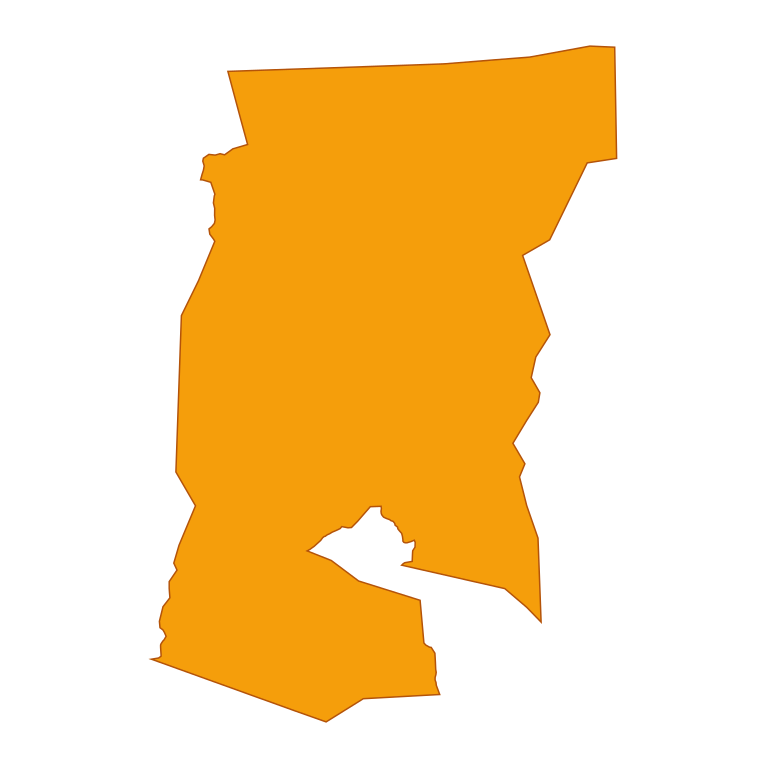 the district of San Vicente Lachixío, Oaxaca, Mexico
{"feature_id": "50627088B80228149983097", "entity_name": "San Vicente Lachixío", "entity_type": "district", "adm_level": 2, "iso_a3": "MEX", "parent_name": "Mexico", "parent_adm1": "Oaxaca", "projection": "mercator", "projection_center": [-97.044, 16.647], "detail": "fine", "context": "isolated", "style": "filled", "palette": "amber", "viewbox_px": 768, "rotation_deg": 0, "n_neighbors": 0, "source": "geoboundaries", "source_scale": "gbopen_adm2", "svg_char_len": 2151}
<svg xmlns="http://www.w3.org/2000/svg" viewBox="0 0 768 768"><path d="M541.1,622.1L540.2,597.6L538.0,538.1L526.7,505.6L519.5,476.9L524.9,463.8L512.9,443.3L526.7,420.4L535.8,406.2L538.3,402.3L539.9,392.8L531.2,377.7L535.8,357.0L550.0,334.7L522.6,255.4L549.7,239.8L587.2,162.9L616.6,158.4L614.7,47.2L589.9,46.1L529.6,57.1L495.2,59.8L445.0,63.8L443.3,63.9L410.2,65.1L256.6,70.4L227.9,71.4L240.6,118.8L247.6,144.5L232.9,148.8L224.6,154.8L220.1,153.7L215.2,155.1L208.9,154.4L203.4,158.2L202.8,161.1L204.2,165.9L203.4,170.3L202.0,174.6L200.6,179.8L202.6,179.9L210.8,182.3L214.9,194.2L214.3,195.9L213.4,202.9L214.7,208.3L214.6,215.4L215.1,220.0L214.4,223.4L211.6,226.8L209.0,228.9L209.8,234.2L213.5,239.1L214.8,241.3L198.5,280.7L181.4,315.6L175.9,472.0L195.5,505.8L179.0,545.3L173.8,563.1L177.0,570.1L169.2,581.6L169.2,588.4L169.5,592.8L169.9,597.8L163.0,606.7L159.4,621.3L160.0,627.7L162.9,629.9L164.3,632.2L166.1,636.3L164.1,639.8L163.0,640.9L161.1,643.7L160.6,645.0L160.6,647.2L160.8,650.5L161.1,655.3L161.0,656.3L158.6,658.0L151.4,659.2L256.7,697.1L295.3,711.0L326.1,721.9L363.3,698.7L439.7,694.5L436.3,685.3L436.0,682.5L435.1,680.0L435.1,677.5L435.9,674.6L436.2,672.3L435.7,669.4L435.4,662.2L434.9,653.2L431.2,647.4L429.6,647.2L425.7,645.0L423.9,642.9L420.1,600.3L358.6,581.0L331.3,560.5L307.1,550.9L309.9,549.4L312.2,547.7L314.1,546.4L316.6,544.1L319.5,541.5L320.7,540.4L322.6,537.8L324.0,536.6L325.2,536.3L327.4,534.7L329.5,533.8L332.3,532.1L334.7,531.1L337.0,530.1L338.5,529.4L340.2,528.5L341.8,526.6L348.0,527.8L351.5,527.5L357.7,521.2L360.8,517.6L370.3,506.7L381.1,506.3L381.1,506.5L381.4,508.7L381.0,511.2L381.2,513.2L381.7,514.7L383.1,516.6L383.7,517.2L385.8,518.2L387.0,518.7L389.6,519.6L391.0,520.7L393.0,521.3L394.1,522.5L394.8,523.6L395.1,525.2L397.5,527.0L397.9,528.9L399.4,530.8L401.6,533.3L402.1,535.0L402.5,536.7L402.7,538.3L402.9,539.6L402.9,541.1L403.8,542.3L405.2,542.8L407.0,542.8L408.6,542.3L411.0,541.6L414.3,540.2L415.2,542.4L415.1,544.6L415.0,547.2L412.7,550.8L412.5,553.9L412.2,561.4L404.8,562.7L403.2,563.7L401.7,565.2L474.4,581.7L504.8,588.6L526.7,607.3L541.1,622.1Z" fill="#f59e0b" stroke="#b45309" stroke-width="1.5"/></svg>